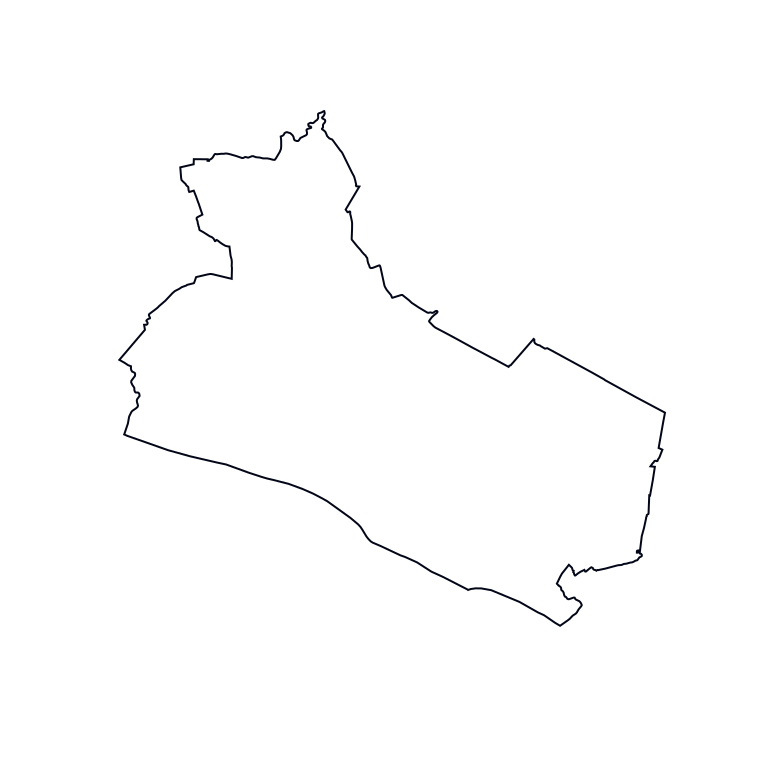 O Mon, Can Tho, Vietnam (Mercator projection), rotated 165°
{"feature_id": "81297802B2084996388105", "entity_name": "O Mon", "entity_type": "district", "adm_level": 2, "iso_a3": "VNM", "parent_name": "Vietnam", "parent_adm1": "Can Tho", "projection": "mercator", "projection_center": [105.627, 10.124], "detail": "fine", "context": "isolated", "style": "outline", "palette": "ink", "viewbox_px": 768, "rotation_deg": 165, "n_neighbors": 0, "source": "geoboundaries", "source_scale": "gbopen_adm2", "svg_char_len": 6166}
<svg xmlns="http://www.w3.org/2000/svg" viewBox="0 0 768 768"><g transform="rotate(165 384 384)"><path d="M557.3,347.1L537.7,333.4L526.2,325.9L521.1,322.8L515.8,320.0L502.1,312.3L489.9,303.7L481.0,296.6L473.7,289.9L469.2,285.5L451.2,263.5L445.3,255.1L443.7,252.0L442.8,249.4L440.4,241.2L439.2,238.4L437.6,235.5L436.1,233.8L429.6,228.7L412.4,214.2L408.3,211.4L398.2,203.1L386.8,190.5L377.1,182.5L356.2,163.6L356.1,163.3L353.1,163.5L348.4,162.9L343.0,161.4L333.8,157.1L309.6,138.5L294.5,123.6L289.2,119.2L280.6,109.1L276.5,104.9L267.2,108.3L265.4,109.1L261.7,111.4L258.3,112.5L257.0,113.3L254.5,115.8L252.6,117.2L251.0,118.3L250.3,119.1L250.2,119.8L250.6,121.7L250.9,122.5L251.6,123.7L254.3,126.0L254.9,126.9L255.1,128.2L255.3,128.4L256.3,128.6L260.2,128.3L261.1,128.3L261.8,128.5L262.6,129.2L263.1,130.7L263.4,131.2L264.3,131.9L264.4,132.4L264.6,133.6L264.5,136.2L265.1,137.9L265.9,138.8L266.0,139.3L266.0,139.9L265.7,141.1L265.8,141.8L266.3,142.7L267.3,143.9L267.4,144.2L267.6,144.2L268.7,146.4L263.7,152.2L261.2,154.8L252.2,161.5L250.2,158.2L250.0,157.6L250.0,155.6L249.8,155.0L249.1,154.5L249.1,154.3L249.9,153.4L249.5,152.5L249.5,150.8L249.3,150.0L249.1,149.6L248.7,149.5L245.8,150.8L243.1,151.7L238.6,152.6L238.2,150.8L238.0,150.7L237.4,150.6L232.9,152.7L231.2,153.3L230.0,152.3L229.7,150.8L229.2,150.2L227.7,149.4L227.2,148.7L226.0,149.1L225.3,148.8L217.9,148.4L206.0,148.4L204.4,148.3L201.9,147.8L200.8,147.8L199.0,148.1L196.1,147.7L192.7,147.8L190.5,147.5L188.9,147.7L186.8,148.3L185.3,148.2L184.7,148.4L182.2,150.4L180.2,150.8L179.5,151.2L179.2,152.1L179.3,152.6L179.5,153.1L179.9,153.6L180.8,154.1L181.2,155.2L181.5,155.5L181.9,155.7L183.2,155.5L183.4,155.6L183.2,156.5L182.9,157.2L182.4,157.5L180.7,157.3L180.0,156.4L174.4,170.3L170.2,177.5L165.7,186.2L165.4,187.1L165.0,187.7L164.5,188.1L164.2,189.2L163.9,189.5L162.3,190.0L162.0,190.4L156.6,207.8L155.9,207.4L149.3,221.4L143.8,233.9L147.9,235.5L144.9,238.0L144.0,238.4L142.8,239.5L142.1,239.7L141.4,239.5L140.6,238.9L140.1,238.8L139.7,238.9L138.9,240.2L137.3,241.5L136.4,242.6L132.1,248.5L135.3,251.1L124.1,275.1L120.0,283.6L144.1,306.1L169.7,330.7L170.1,331.4L180.2,341.3L217.0,376.3L219.4,376.5L223.1,380.3L223.5,380.9L225.6,382.1L227.0,383.5L227.6,384.4L227.9,385.7L227.3,388.1L227.8,388.8L256.2,369.7L256.8,369.3L258.1,369.3L259.2,368.3L270.6,379.1L273.2,381.4L288.9,396.0L301.5,408.1L319.8,425.2L321.2,427.1L324.0,432.1L324.2,433.1L323.0,434.2L320.4,436.2L317.3,437.8L314.8,438.8L313.8,439.6L313.6,440.2L314.0,440.8L314.8,441.1L315.6,441.0L317.5,440.3L318.5,440.1L319.4,440.4L320.1,440.9L321.0,441.2L322.9,441.3L324.0,442.1L330.7,449.0L336.2,455.2L338.3,458.6L343.2,465.2L344.3,465.5L353.5,465.1L353.9,465.4L354.2,468.0L357.0,474.1L357.9,477.4L358.1,479.0L357.2,497.1L357.3,499.1L357.6,499.7L358.3,499.8L364.8,499.1L366.6,499.3L367.3,499.9L367.6,500.6L367.6,502.2L368.0,504.6L368.0,507.1L367.6,510.1L368.4,511.8L368.6,513.0L369.4,514.0L371.0,517.1L372.2,520.0L374.1,523.7L377.7,531.7L377.7,532.4L374.5,542.8L373.2,547.5L372.9,549.6L372.6,555.6L372.7,556.8L372.1,558.8L372.2,559.3L372.8,559.6L374.4,559.2L374.8,559.4L375.9,562.4L356.7,581.1L359.6,582.2L359.7,582.6L359.7,583.2L359.2,584.1L359.2,586.0L359.1,588.2L359.2,592.2L360.2,596.4L364.5,618.0L365.0,619.4L365.8,620.9L370.2,632.2L370.9,633.7L372.5,634.8L373.2,635.4L374.5,637.7L374.8,638.4L374.9,639.6L375.4,642.8L376.7,644.8L377.8,646.0L377.9,646.4L377.8,646.7L376.6,647.5L376.3,648.3L376.0,649.8L375.5,650.5L374.6,651.3L373.5,651.9L372.8,653.0L372.6,653.6L372.7,654.5L374.7,656.4L374.9,657.1L374.8,657.5L373.3,658.3L371.9,659.7L371.3,660.6L371.1,661.6L371.1,663.0L371.9,663.1L373.7,662.5L377.1,662.3L377.7,662.0L378.0,661.3L378.6,658.4L379.1,657.4L380.6,656.2L381.8,655.9L384.5,654.5L385.3,654.5L385.9,654.6L386.9,655.2L387.6,655.3L389.6,654.9L390.0,654.3L390.1,653.2L389.9,652.5L388.1,651.6L387.9,650.9L388.0,650.4L388.4,650.2L391.2,650.2L392.6,649.9L393.2,649.3L393.3,646.6L393.9,645.1L394.8,644.5L401.0,643.3L403.3,641.3L404.2,641.0L405.4,641.3L407.0,642.4L407.5,643.2L407.5,646.4L408.0,648.0L408.9,649.5L409.7,650.6L412.6,652.4L413.9,652.4L415.2,652.0L416.1,650.9L417.0,650.3L418.0,650.0L419.7,649.8L420.2,646.3L421.7,640.5L422.6,637.9L424.5,635.3L426.4,633.4L429.9,630.0L431.3,628.9L431.6,628.8L433.1,629.3L436.2,631.1L438.3,632.1L442.6,633.3L445.4,634.9L447.7,635.7L449.1,636.3L451.5,638.0L452.6,638.2L456.5,637.8L457.3,638.1L458.2,638.7L459.4,639.2L461.3,638.8L462.6,639.0L467.8,642.5L473.6,646.0L476.0,647.2L477.6,647.7L479.0,647.8L481.2,648.4L486.0,649.2L487.3,649.8L487.9,649.8L488.3,649.6L490.9,647.1L492.3,646.3L493.4,645.9L494.6,645.8L495.1,645.4L495.4,644.8L496.7,645.3L496.2,646.7L509.5,650.4L511.0,645.5L524.7,646.0L526.6,635.7L526.8,633.5L526.0,632.0L523.8,628.4L523.6,627.4L523.1,626.4L522.3,625.3L522.1,624.7L522.5,622.5L522.6,621.3L522.4,619.9L517.7,620.0L517.0,613.9L516.5,607.7L516.3,606.0L515.6,594.6L520.7,593.5L521.8,593.1L522.1,592.5L522.3,591.9L522.0,589.4L522.3,587.2L522.2,585.7L522.4,584.6L522.2,584.0L522.2,582.6L522.4,580.8L522.2,580.3L519.5,577.7L513.9,571.6L512.4,570.6L511.0,568.6L510.3,565.8L509.8,565.7L508.6,566.5L508.0,566.1L507.0,565.0L505.9,563.4L503.8,560.9L501.4,558.5L499.0,557.2L497.7,556.8L499.0,547.6L499.0,543.7L499.4,541.2L500.6,537.3L500.8,535.6L501.3,533.8L503.9,525.0L521.5,534.6L523.6,535.3L526.0,535.5L537.8,535.9L541.2,530.9L541.6,530.6L548.6,530.7L549.4,530.3L554.3,529.9L557.2,528.9L561.9,527.9L564.8,526.5L573.7,521.0L581.2,517.4L582.6,516.5L585.0,515.4L592.5,512.4L593.0,512.0L593.3,511.3L592.9,508.3L593.1,508.0L595.0,507.8L596.1,507.4L596.8,507.0L597.2,506.5L596.5,504.6L596.6,503.9L597.1,503.1L598.0,502.7L600.4,503.3L600.9,498.2L633.4,475.8L629.0,471.5L626.4,468.5L623.8,466.6L624.5,464.3L624.5,462.6L624.0,461.1L622.4,459.8L621.8,459.0L621.8,458.0L622.5,456.2L627.2,452.5L627.8,451.0L627.3,448.2L626.5,446.0L626.2,444.9L626.7,442.7L626.6,441.0L626.1,440.1L623.8,439.4L623.2,438.7L622.9,437.6L623.2,435.7L626.4,433.2L627.1,431.9L627.3,430.0L627.2,428.3L627.2,426.9L627.9,425.7L629.8,424.7L634.0,423.2L635.2,422.4L638.2,419.0L638.8,418.1L641.6,412.1L648.0,402.5L645.3,400.3L609.6,375.9L589.9,364.3L566.1,351.6L557.3,347.1Z" fill="none" stroke="#020617" stroke-width="2"/></g></svg>